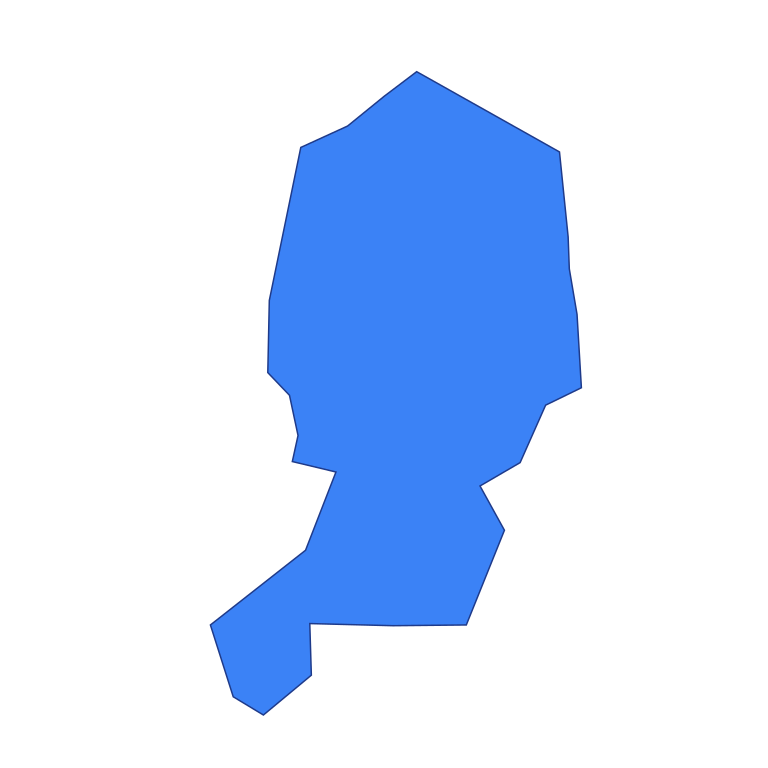 Devoll, Korçë, Albania (Mercator projection), rotated 348°
{"feature_id": "67620474B41402008781007", "entity_name": "Devoll", "entity_type": "district", "adm_level": 2, "iso_a3": "ALB", "parent_name": "Albania", "parent_adm1": "Korçë", "projection": "mercator", "projection_center": [20.941, 40.579], "detail": "fine", "context": "isolated", "style": "filled", "palette": "blue", "viewbox_px": 768, "rotation_deg": 348, "n_neighbors": 0, "source": "geoboundaries", "source_scale": "gbopen_adm2", "svg_char_len": 506}
<svg xmlns="http://www.w3.org/2000/svg" viewBox="0 0 768 768"><g transform="rotate(348 384 384)"><path d="M164.1,583.6L171.5,658.6L197.2,682.7L252.4,653.7L261.6,602.9L342.6,622.3L414.4,636.8L471.4,552.1L456.7,503.7L500.8,489.2L537.7,438.3L576.3,428.7L587.3,356.0L589.2,309.9L594.7,278.4L603.9,193.5L480.9,85.3L444.4,102.4L402.0,124.1L351.8,135.3L289.2,278.4L272.7,348.7L289.2,375.4L289.2,416.5L278.2,440.8L318.7,460.1L272.7,530.3L164.1,583.6Z" fill="#3b82f6" stroke="#1e3a8a" stroke-width="1.5"/></g></svg>